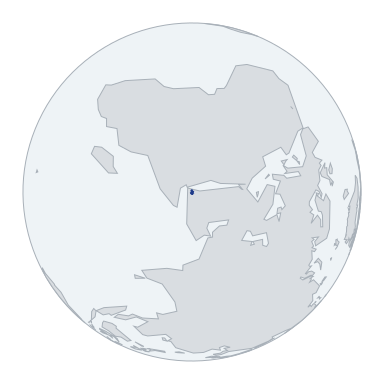 Dhamar highlighted on a globe, orthographic projection, rotated 115°
{"feature_id": "YEM-153", "entity_name": "Dhamar", "entity_type": "Governorate", "adm_level": 1, "iso_a3": "YEM", "parent_name": "Yemen", "parent_adm1": "", "projection": "orthographic", "projection_center": [44.123, 14.553], "detail": "coarse", "context": "on_globe", "style": "filled", "palette": "blue", "viewbox_px": 384, "rotation_deg": 115, "n_neighbors": 0, "source": "natural_earth", "source_scale": "10m", "svg_char_len": 9497}
<svg xmlns="http://www.w3.org/2000/svg" viewBox="0 0 384 384"><g transform="rotate(115 192 192)"><circle cx="192" cy="192" r="169" fill="#eef3f6" stroke="#a8b0b8"/><path d="M157.2,26.7L156.6,26.8L152.0,27.9L151.9,27.9L157.2,26.7ZM144.7,29.8L147.3,29.1L141.9,30.7L138.5,31.7L139.3,31.5L144.7,29.8ZM124.1,37.3L123.0,37.8L117.1,40.6L112.0,43.2L109.3,44.7L112.8,43.2L101.9,49.4L92.5,56.6L89.8,58.4L87.2,59.6L89.4,57.7L100.4,50.0L112.0,43.2L124.1,37.3ZM78.9,66.5L80.5,65.1L77.9,67.4L77.5,67.7L78.9,66.5ZM23.1,197.6L24.1,204.6L26.7,215.4L28.0,225.4L28.7,234.1L34.0,251.8L29.6,238.7L26.3,225.2L24.2,211.5L23.1,197.6ZM229.6,27.3L229.1,27.2L228.1,26.9L229.6,27.3ZM163.9,25.4L164.5,25.3L162.6,25.7L161.7,25.8L158.4,26.4L158.7,26.4L163.9,25.4ZM160.2,26.1L161.5,26.0L158.6,26.6L157.4,26.6L160.2,26.1ZM168.6,24.7L166.9,24.9L168.6,24.7ZM149.0,29.4L150.5,28.8L153.1,28.2L149.0,29.4ZM162.1,25.9L163.1,25.7L164.3,25.5L164.5,25.6L162.1,25.9ZM175.3,23.9L174.3,24.0L178.6,23.6L178.2,23.7L172.9,24.2L175.0,24.0L174.9,24.1L170.7,24.5L175.3,23.9ZM168.3,25.2L161.4,26.4L158.0,27.5L155.5,27.9L161.6,26.1L168.3,25.2ZM170.1,24.7L168.4,25.1L166.3,25.3L166.1,25.2L170.1,24.7ZM179.8,23.7L181.8,23.4L182.9,23.3L179.8,23.7ZM167.7,25.5L169.4,25.2L167.7,25.5L167.7,25.5ZM176.6,24.1L177.1,23.9L178.4,23.9L176.6,24.1ZM172.3,25.0L170.1,25.3L169.8,25.1L172.3,25.0ZM174.6,24.5L176.1,24.5L171.1,24.9L174.6,24.5L174.6,24.5ZM177.7,24.1L178.6,24.0L177.3,24.2L177.7,24.1ZM174.3,25.7L168.0,26.2L167.6,25.8L173.8,25.2L174.3,25.7ZM281.1,48.5L278.0,46.6L262.2,38.3L281.1,48.5ZM260.7,37.6L266.7,40.4L264.3,39.4L266.6,40.6L271.9,43.4L272.9,43.8L278.1,48.7L289.5,58.1L290.4,56.9L294.6,59.4L308.4,71.7L321.0,91.2L326.9,96.8L329.7,101.1L330.2,104.3L326.0,98.1L323.2,96.5L320.7,92.9L320.1,96.8L316.6,91.8L317.8,97.7L321.4,101.4L323.3,99.4L325.9,107.4L332.5,113.7L337.4,122.7L340.0,140.9L336.4,148.0L337.1,151.1L333.6,148.5L332.1,155.6L341.2,171.3L342.1,176.4L338.2,187.9L337.5,184.1L328.2,177.2L328.8,189.7L335.9,198.1L338.4,209.5L334.0,207.1L331.1,197.2L327.8,194.4L327.1,183.6L321.2,168.8L316.5,173.0L315.3,166.7L306.5,155.3L298.9,161.0L288.0,180.1L289.1,196.5L284.2,204.4L271.8,182.5L267.1,167.2L262.1,169.3L249.8,157.3L226.9,158.2L224.2,154.3L219.8,156.4L211.2,152.8L207.3,146.4L201.8,147.0L212.6,163.9L218.5,163.3L224.1,156.5L225.9,162.6L234.3,167.7L223.2,183.3L190.2,197.6L187.8,185.4L167.4,152.0L168.5,148.4L168.5,147.9L168.3,147.2L165.5,153.1L162.3,146.7L172.2,169.8L173.5,179.8L189.7,198.4L187.9,200.3L193.4,204.1L212.1,199.1L212.0,203.2L202.6,222.2L177.6,247.5L181.4,264.2L180.6,278.0L166.2,286.8L168.8,297.1L161.5,300.5L161.9,306.1L156.8,311.8L147.9,316.7L131.3,315.4L129.2,310.3L119.3,299.6L105.1,273.2L108.2,261.9L106.2,252.4L94.3,229.8L96.9,218.2L93.9,212.8L87.7,213.1L84.5,206.6L80.9,205.8L59.1,205.6L53.2,196.1L48.1,169.9L52.5,161.2L54.7,150.1L86.9,118.5L92.2,121.8L115.7,120.6L118.4,122.3L113.9,130.4L130.2,142.8L137.5,136.2L154.0,143.3L166.0,143.7L173.2,128.1L153.5,127.0L151.8,119.2L168.9,113.5L186.3,115.3L186.2,112.4L176.6,105.5L182.0,100.6L173.4,102.8L175.8,105.8L170.5,107.5L168.0,104.9L170.0,103.1L165.1,101.6L156.8,111.3L158.3,115.5L144.7,116.5L146.1,123.7L141.9,126.7L138.1,115.8L139.5,112.0L131.3,100.3L128.5,104.2L136.1,115.8L133.1,114.6L129.4,120.9L129.9,115.3L122.3,102.4L111.0,103.7L94.1,117.9L88.0,118.3L84.0,114.3L92.7,98.9L105.3,99.7L108.6,95.1L108.2,87.7L112.0,88.8L113.4,86.2L118.4,86.5L127.6,80.9L133.0,80.9L138.6,73.4L142.2,72.6L137.8,77.1L137.7,80.6L151.3,81.5L154.5,80.1L157.1,75.3L160.5,76.5L161.3,71.9L170.1,70.8L160.0,68.5L162.7,63.7L169.2,60.6L168.3,58.8L157.8,64.0L155.2,66.6L155.9,69.4L147.4,77.1L142.3,78.1L144.3,69.1L137.2,69.8L141.9,63.1L167.4,51.8L177.0,50.4L188.5,57.2L185.1,59.8L179.3,58.4L182.8,63.8L183.4,61.3L186.3,62.6L189.6,59.0L191.8,59.7L191.3,55.3L194.3,55.8L194.6,58.6L202.2,54.6L209.0,55.2L209.7,54.0L208.5,52.5L218.0,54.7L218.1,53.7L215.0,52.6L213.1,50.1L213.5,46.7L216.8,47.6L217.1,49.0L222.7,53.5L223.0,57.4L224.4,57.5L224.9,54.4L218.0,48.8L217.3,46.5L221.1,48.8L219.7,47.8L220.4,47.0L224.1,47.3L220.2,44.7L223.2,36.7L230.8,37.0L233.8,39.5L239.4,36.6L247.5,38.3L244.6,37.0L245.4,35.6L242.8,35.0L241.5,34.3L242.2,31.6L245.0,32.2L242.0,30.7L240.5,30.2L238.3,29.7L235.3,28.7L248.2,32.7L260.7,37.6ZM74.1,135.6L72.8,138.8L74.1,135.6ZM203.8,125.8L214.9,126.5L211.5,116.7L215.5,116.3L212.9,113.4L211.2,116.0L205.1,108.0L210.4,105.4L209.9,101.4L206.2,101.0L197.4,107.3L206.1,118.5L202.9,122.5L203.8,125.8ZM81.1,65.6L76.9,69.4L79.6,66.8L78.1,67.8L81.9,64.0L88.7,59.2L84.9,61.9L81.1,65.6ZM88.3,58.6L85.6,60.8L87.8,59.0L88.3,58.6ZM116.2,72.9L117.2,74.7L114.2,77.4L107.4,78.8L111.6,74.7L116.2,72.9ZM119.3,76.7L123.2,68.1L127.5,67.4L124.4,69.2L126.9,69.5L122.6,72.6L123.0,80.8L120.4,83.9L109.2,83.9L114.3,82.0L113.0,80.2L119.3,76.7ZM125.4,52.0L127.1,49.5L134.4,50.9L131.9,53.2L125.0,54.3L123.8,52.4L125.4,52.0ZM135.5,33.0L135.7,32.8L137.0,32.4L137.9,32.2L135.5,33.0ZM149.5,29.2L136.0,33.7L135.5,33.6L128.2,37.0L124.1,38.2L129.0,35.9L120.4,39.7L123.2,38.0L117.4,40.8L128.8,35.4L130.9,34.5L130.1,34.9L133.8,33.8L136.0,33.0L144.0,30.3L150.4,28.3L155.1,27.2L156.7,27.0L155.9,27.3L153.1,27.8L154.0,27.9L149.3,28.9L149.5,29.2ZM172.6,32.1L169.7,31.4L170.7,33.9L166.1,34.0L166.5,34.3L162.4,35.3L158.2,37.1L156.4,36.9L155.5,37.7L152.8,38.6L151.1,39.7L147.1,40.0L144.6,41.5L144.1,40.8L140.9,43.4L141.5,41.7L138.1,42.9L139.3,44.0L122.2,45.1L114.6,47.7L107.8,51.2L109.8,48.3L117.3,43.6L127.1,38.9L134.2,37.1L133.8,36.4L137.1,35.5L136.1,36.4L139.6,34.5L142.0,34.0L150.8,31.3L154.4,29.3L157.7,28.5L157.5,29.1L160.9,28.0L162.7,28.6L165.1,28.1L169.3,28.6L167.5,30.3L170.3,29.7L173.6,30.3L172.6,32.1ZM175.4,25.8L174.3,27.3L171.2,28.3L165.2,27.2L162.8,27.6L158.8,27.4L163.4,26.1L164.1,26.2L165.8,26.1L163.7,26.5L166.7,26.1L167.8,26.3L170.4,26.1L169.3,26.6L175.4,25.8ZM122.4,119.5L124.7,120.1L128.5,120.1L126.2,124.2L122.4,119.5ZM117.1,110.8L119.3,110.4L117.9,115.8L115.6,115.4L117.1,110.8ZM121.6,106.0L119.5,110.0L119.2,107.6L121.6,106.0ZM139.9,76.7L142.4,76.4L142.2,77.5L140.3,79.1L139.9,76.7ZM174.5,41.4L173.3,40.4L174.4,40.0L175.2,37.5L178.7,37.4L179.6,39.0L174.5,41.4ZM169.2,130.6L165.1,133.5L163.6,131.9L165.3,131.3L169.2,130.6ZM144.1,128.9L149.3,131.3L143.5,130.0L144.1,128.9ZM178.5,41.0L178.4,39.8L180.2,40.5L178.5,41.0ZM181.3,37.4L183.6,37.9L179.2,37.2L181.3,37.4ZM238.9,340.2L240.2,341.4L237.5,341.8L238.9,340.2ZM210.0,275.7L199.9,299.4L191.8,299.6L189.6,292.8L192.9,278.4L202.2,274.2L206.6,267.5L210.0,275.7ZM352.8,230.1L353.9,230.0L353.7,230.8L352.8,230.1ZM351.8,228.4L353.3,227.6L351.2,230.2L351.8,228.4ZM353.9,227.3L355.4,224.9L356.1,223.2L355.8,224.9L353.9,227.3ZM350.6,229.1L342.7,232.4L339.1,231.8L340.3,228.7L346.1,227.1L350.6,229.1ZM340.0,228.7L334.0,222.9L323.0,202.9L327.0,202.3L337.9,213.1L337.3,215.7L340.9,220.6L340.0,228.7ZM353.0,209.1L352.3,216.5L348.3,217.8L346.3,217.5L344.9,208.9L345.7,203.8L347.5,203.3L352.4,184.6L354.5,187.5L353.5,195.0L355.1,200.5L353.0,209.1ZM289.9,197.9L294.2,207.0L291.3,209.1L289.9,197.9ZM352.9,172.4L351.9,180.4L352.3,170.3L352.9,172.4ZM352.2,163.3L353.0,166.7L351.6,163.8L352.2,163.3ZM338.5,155.8L336.7,157.4L335.9,155.0L337.7,151.7L338.5,155.8ZM341.1,130.5L343.8,137.4L344.4,139.9L342.3,136.1L341.1,130.5ZM208.4,42.4L203.3,45.7L202.0,48.7L204.9,51.3L198.7,49.5L200.7,44.7L208.4,42.4ZM221.1,37.1L218.5,35.4L221.0,35.6L221.9,36.0L221.1,37.1ZM218.5,36.5L212.8,35.6L212.2,34.4L216.9,35.3L218.5,36.5ZM195.5,37.4L193.8,38.3L192.3,37.6L195.5,37.4ZM330.6,288.7L324.9,295.6L324.1,295.4L327.7,290.5L333.8,277.5L334.4,277.4L338.3,268.2L346.8,256.3L354.0,238.2L354.7,237.5L355.8,233.6L352.3,245.3L348.1,256.7L343.0,267.8L337.2,278.4L330.6,288.7ZM355.4,228.8L357.4,222.0L358.0,220.8L355.4,228.8ZM360.5,204.6L360.6,201.6L360.8,198.9L360.5,204.6ZM360.8,198.6L360.6,197.3L360.9,194.4L360.8,198.6ZM359.4,206.2L359.2,208.2L359.0,207.1L359.4,206.2ZM359.8,204.5L360.3,205.4L359.7,206.3L359.8,204.5ZM356.0,201.6L356.5,205.7L358.0,201.7L356.8,206.7L357.3,213.4L356.8,216.5L356.4,209.1L355.4,217.8L354.7,218.1L354.7,211.2L355.7,202.0L356.4,198.0L358.9,194.5L356.0,201.6ZM360.0,199.0L359.8,194.1L359.9,190.4L360.2,192.8L360.0,199.0ZM358.2,182.5L356.6,177.4L355.8,180.4L356.6,170.6L358.2,177.1L358.2,182.5ZM355.7,170.2L355.1,172.9L355.2,167.4L355.7,170.2ZM354.5,171.1L353.6,167.1L354.5,167.1L354.5,171.1ZM356.1,170.0L354.9,162.9L356.1,166.7L356.1,170.0ZM351.2,158.3L354.4,163.7L351.5,162.4L347.9,149.4L348.8,148.5L351.2,158.3ZM334.1,104.3L331.9,101.1L331.8,99.9L333.4,102.4L334.1,104.3ZM329.4,94.2L331.1,98.6L332.1,102.7L333.4,103.9L336.5,109.9L332.7,105.1L329.6,98.1L329.5,96.0L326.3,91.4L324.2,87.7L319.7,82.4L317.8,79.9L321.8,84.2L329.4,94.2ZM317.8,80.3L309.2,71.2L310.5,71.7L312.6,73.8L316.0,77.6L315.2,77.1L317.8,80.3ZM307.5,69.3L306.6,68.8L292.1,57.5L289.3,55.4L301.0,63.5L300.8,63.6L304.1,66.6L307.5,69.3ZM231.0,27.6L229.3,27.2L230.6,27.5L231.0,27.6ZM240.1,34.1L238.5,33.3L240.1,33.4L240.1,34.1ZM235.0,31.3L234.3,31.6L233.7,30.8L235.0,31.3ZM232.9,32.7L233.4,31.6L234.9,33.3L232.9,32.7Z" fill="#d9dde1" stroke="#a8b0b8" stroke-width="1"/><path d="M190.9,193.4L190.4,193.2L190.3,192.6L190.5,192.5L190.9,192.3L191.2,192.3L191.4,192.1L191.6,191.9L191.5,191.7L191.2,191.3L191.1,191.1L191.5,191.1L191.9,190.8L192.1,190.7L192.3,190.8L192.7,190.9L192.8,190.9L192.8,190.7L193.1,190.9L193.3,190.8L193.5,190.6L193.8,190.6L194.1,191.3L193.9,191.7L193.8,192.4L193.7,192.5L193.4,192.8L192.7,192.5L192.4,192.3L192.2,192.5L192.0,192.4L191.9,192.4L191.7,192.6L191.6,192.9L191.5,193.0L191.3,193.0L191.3,192.9L191.1,193.3L190.9,193.4Z" fill="#3b82f6" stroke="#1e3a8a" stroke-width="1.5"/></g></svg>